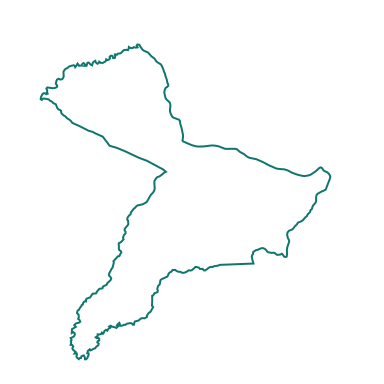 the district of Nova Santa Helena, Mato Grosso, Brazil, rotated 173°
{"feature_id": "56859067B79529427540135", "entity_name": "Nova Santa Helena", "entity_type": "district", "adm_level": 2, "iso_a3": "BRA", "parent_name": "Brazil", "parent_adm1": "Mato Grosso", "projection": "mercator", "projection_center": [-54.856, -10.911], "detail": "fine", "context": "isolated", "style": "outline", "palette": "teal", "viewbox_px": 384, "rotation_deg": 173, "n_neighbors": 0, "source": "geoboundaries", "source_scale": "gbopen_adm2", "svg_char_len": 5994}
<svg xmlns="http://www.w3.org/2000/svg" viewBox="0 0 384 384"><g transform="rotate(173 192 192)"><path d="M293.9,332.2L297.3,331.9L299.2,331.2L300.4,330.3L302.7,329.5L303.8,328.5L304.9,327.0L305.3,322.3L305.9,321.1L307.0,319.8L308.9,319.6L310.4,320.6L312.2,320.1L313.0,318.8L314.0,316.1L313.1,314.6L312.8,313.5L313.5,312.5L315.7,311.9L317.6,312.0L322.8,313.4L323.9,312.5L323.3,310.2L323.8,308.7L323.3,307.2L324.7,306.8L325.8,307.9L327.4,308.1L328.6,307.2L330.4,304.5L330.9,302.6L329.9,301.7L329.2,302.7L327.3,302.8L323.0,301.4L321.6,299.7L319.8,298.6L319.1,297.3L316.4,295.6L315.5,291.8L314.4,290.2L313.2,289.6L312.2,288.7L312.1,286.3L311.4,285.1L309.8,283.4L308.8,282.8L307.8,281.7L307.2,280.6L305.0,278.8L303.7,277.5L302.4,275.2L295.6,271.1L287.0,265.3L283.3,263.8L280.2,261.6L273.8,257.8L268.1,247.9L261.1,244.9L253.3,240.5L240.5,232.4L233.1,228.6L217.8,217.8L215.4,215.2L217.6,214.4L219.9,212.8L222.3,211.5L224.6,211.0L226.1,209.9L228.0,207.4L228.3,205.1L228.6,199.9L229.5,197.7L230.9,196.0L232.6,194.7L233.7,193.6L237.8,188.0L238.8,187.3L241.9,186.0L244.1,185.6L247.3,185.4L248.9,184.7L250.4,183.3L251.7,182.6L255.2,179.1L255.7,177.3L257.3,176.4L259.1,174.4L259.7,172.6L259.0,171.4L259.1,168.0L260.0,166.6L261.3,165.6L263.5,163.3L263.5,162.1L262.8,160.8L263.0,159.0L264.8,157.6L266.0,155.2L265.7,153.3L268.8,150.8L270.9,150.1L271.2,148.7L271.1,147.3L271.5,145.0L271.3,143.2L269.7,141.9L269.5,140.6L270.8,139.1L271.9,137.2L273.4,137.2L278.4,132.9L278.2,131.4L280.0,126.7L281.0,125.8L284.1,121.3L284.6,119.2L283.4,117.7L282.7,116.0L283.6,114.4L287.1,111.9L288.1,110.2L290.4,109.6L291.9,108.9L292.6,107.3L295.7,107.2L298.2,105.0L299.6,103.1L303.1,103.1L306.1,99.7L308.2,99.4L309.7,98.9L310.5,97.9L310.5,96.3L311.7,96.5L312.8,96.0L313.7,95.0L314.1,93.6L315.3,93.2L315.8,92.1L316.8,91.3L318.7,88.8L320.0,88.2L320.9,85.9L319.5,83.9L319.6,81.5L320.5,80.0L319.4,79.0L318.7,77.0L319.6,76.2L322.3,75.9L323.7,75.4L325.1,74.2L323.7,72.3L327.8,70.5L328.5,66.7L326.8,67.4L325.8,66.3L325.6,65.1L326.4,63.4L328.2,62.4L330.2,61.9L329.5,59.8L330.5,58.7L330.2,57.3L331.1,55.0L329.5,54.7L328.7,53.2L329.8,51.6L329.5,50.1L327.0,47.4L328.3,46.0L326.1,45.8L326.0,44.5L326.7,43.2L326.5,41.8L324.7,39.9L323.9,40.8L322.4,40.7L321.9,42.2L320.8,42.8L319.3,43.0L318.6,41.0L318.6,39.0L317.4,38.9L316.1,40.1L314.4,43.0L314.3,44.4L315.6,44.7L314.7,47.0L312.7,48.3L312.3,47.1L310.3,47.7L309.0,48.4L307.2,48.6L305.8,50.2L303.6,51.4L303.1,53.0L304.3,54.2L303.8,55.4L302.2,55.9L302.0,57.8L303.0,58.6L304.3,58.5L305.3,59.5L303.2,60.6L303.0,62.2L301.3,61.9L299.7,62.0L298.6,63.4L297.7,62.1L296.6,63.2L295.9,64.7L294.2,65.7L293.0,64.6L291.3,66.8L289.9,67.0L289.0,68.0L290.2,68.7L289.0,69.2L287.7,68.1L284.7,67.0L283.7,66.3L281.6,67.8L282.8,68.7L281.9,69.8L280.1,71.0L279.7,69.8L280.3,68.1L278.5,67.8L276.9,68.0L275.8,68.5L274.5,68.2L272.7,69.2L268.8,69.4L267.4,68.6L267.0,67.5L265.8,67.4L265.2,69.2L264.5,70.4L262.8,70.7L261.1,70.8L257.8,72.8L256.2,72.8L254.7,72.4L252.1,73.3L251.7,75.0L249.3,77.6L248.0,77.9L244.6,82.5L245.6,84.0L244.7,89.0L244.2,93.8L243.1,94.1L241.5,96.2L239.9,96.4L238.4,96.9L237.9,98.3L238.3,100.0L237.8,101.3L236.9,103.1L235.6,103.8L234.7,105.9L234.4,107.5L233.9,108.5L232.4,109.3L226.9,111.0L225.7,112.6L225.2,113.8L224.0,114.8L222.0,115.5L221.0,116.9L218.1,116.7L217.1,115.6L215.3,114.5L213.2,114.2L211.9,113.1L210.0,112.8L208.7,113.0L207.1,113.5L204.7,114.7L203.1,114.2L201.7,114.4L199.3,116.0L197.8,117.2L196.4,116.9L194.4,116.1L193.4,114.6L190.8,114.4L189.8,112.8L188.7,112.5L186.8,113.4L185.1,114.5L183.2,115.3L182.0,115.4L180.9,115.0L179.3,115.6L174.8,115.8L173.4,116.3L139.7,113.5L140.3,117.2L140.6,120.4L140.0,122.0L139.1,122.8L138.6,125.0L135.6,126.5L133.7,126.6L132.0,127.3L129.3,127.8L128.0,127.5L126.5,126.5L125.3,125.1L124.6,123.6L123.4,122.8L120.1,121.8L118.7,121.9L117.3,121.3L116.4,120.2L115.0,119.2L112.2,119.1L110.4,119.8L109.3,118.4L108.5,116.7L107.4,116.1L105.9,116.3L105.1,119.3L105.0,122.2L104.6,124.2L103.9,126.1L101.5,131.1L101.7,132.7L102.5,134.8L102.8,137.8L102.4,139.6L101.8,140.6L100.2,141.8L96.8,142.7L95.7,143.7L93.9,145.6L91.9,147.0L90.7,148.6L87.4,149.5L85.5,150.4L83.0,152.7L80.8,154.2L79.9,155.7L77.5,157.5L76.4,159.7L74.9,160.7L74.4,162.3L73.5,163.8L70.7,166.3L70.0,167.7L69.3,172.3L68.7,173.8L67.8,174.8L63.0,176.8L61.0,177.3L59.0,178.1L53.3,188.8L52.9,190.0L53.1,191.6L53.9,193.4L55.4,195.1L57.8,196.5L58.8,197.4L60.0,199.8L61.1,200.7L62.6,200.4L66.5,197.6L72.2,194.7L74.6,194.2L78.6,194.1L80.5,194.6L84.7,196.1L90.1,198.8L94.3,201.7L96.7,202.9L98.2,203.4L100.2,203.7L105.2,204.9L112.8,209.4L118.0,213.1L124.1,216.7L130.7,218.9L132.9,220.3L135.9,223.4L139.1,225.6L140.3,226.8L142.3,229.1L144.6,229.7L153.2,230.7L154.7,231.2L159.6,233.9L162.3,234.9L163.9,235.3L166.9,235.8L175.1,235.8L180.6,236.4L182.8,237.0L185.8,238.2L189.1,240.0L194.5,243.2L195.2,244.2L194.2,247.7L194.0,250.1L194.6,257.1L195.3,261.0L195.4,264.3L196.2,265.4L201.3,268.0L202.6,269.4L203.7,272.6L204.0,274.8L203.8,276.6L202.9,280.2L202.9,282.0L203.3,283.7L205.9,286.8L206.7,288.2L207.0,290.0L207.4,294.2L206.7,296.5L205.4,298.6L203.7,299.4L202.7,300.2L202.5,301.6L203.1,303.3L203.3,306.3L204.3,311.1L204.4,312.9L205.2,314.8L205.4,316.7L206.6,321.0L207.5,322.6L210.6,325.0L211.6,326.2L212.9,328.9L215.8,331.7L218.6,335.8L222.5,338.1L223.6,339.1L225.6,342.7L226.3,344.5L228.2,345.1L229.1,344.2L228.4,342.2L230.2,342.1L232.2,342.9L233.3,342.1L235.6,342.4L237.0,343.6L237.4,342.0L238.2,340.6L240.0,341.2L242.4,341.1L245.9,338.4L248.7,338.3L249.9,337.3L251.5,338.1L252.1,337.1L251.7,335.7L252.4,334.4L254.0,334.5L254.2,336.0L254.9,337.1L256.2,337.1L257.4,336.0L257.0,334.7L258.3,333.6L259.7,333.2L261.0,334.2L261.8,332.2L264.8,331.0L266.8,331.3L268.2,332.7L269.1,331.2L270.2,330.8L271.5,332.1L272.0,334.0L273.8,333.2L274.9,332.0L275.7,329.9L277.0,330.7L278.8,333.1L280.0,333.0L281.3,330.1L283.5,330.4L282.4,331.1L283.1,332.4L284.0,333.2L285.1,332.6L286.2,331.1L288.7,331.0L289.3,332.4L290.0,333.4L291.1,331.7L292.7,330.1L293.0,331.6L293.9,332.2Z" fill="none" stroke="#0f766e" stroke-width="2"/></g></svg>